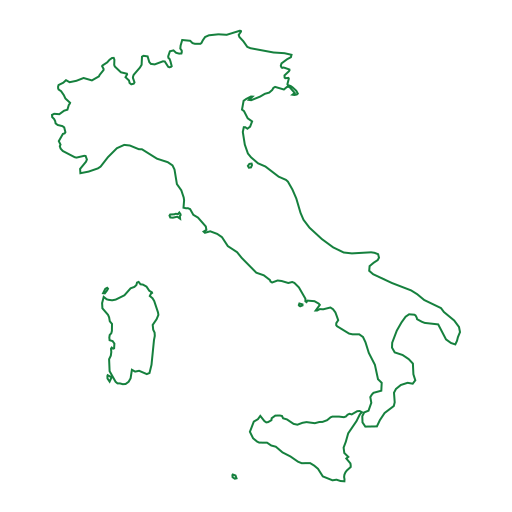 map outline of Italy (Natural Earth projection)
{"feature_id": "ITA", "entity_name": "Italy", "entity_type": "country or territory", "adm_level": 0, "iso_a3": "ITA", "parent_name": "Europe", "parent_adm1": "", "projection": "natural_earth1", "projection_center": [11.757, 41.885], "detail": "fine", "context": "isolated", "style": "outline", "palette": "green", "viewbox_px": 512, "rotation_deg": 0, "n_neighbors": 0, "source": "natural_earth", "source_scale": "50m", "svg_char_len": 5959}
<svg xmlns="http://www.w3.org/2000/svg" viewBox="0 0 512 512"><path d="M66.0,80.2L69.6,82.2L76.4,80.8L83.6,78.0L91.9,80.4L98.9,76.4L99.7,74.8L103.5,70.1L103.6,69.0L102.1,66.1L102.6,65.4L107.2,62.4L109.5,59.8L112.0,58.0L113.7,57.9L114.4,59.8L114.2,64.9L114.8,66.5L120.9,72.3L126.9,73.7L127.1,74.4L125.5,77.2L129.0,80.5L129.6,83.0L131.3,84.3L133.7,83.7L134.5,82.4L132.9,77.8L133.1,76.4L133.7,74.8L139.9,67.6L141.6,64.8L142.0,56.7L143.5,55.8L147.6,56.4L149.3,62.1L150.9,63.9L154.7,64.4L163.0,61.3L164.8,61.5L168.2,66.8L169.5,67.3L171.1,66.8L171.7,66.2L170.5,61.5L169.6,59.0L168.4,57.9L168.2,56.3L169.9,51.3L173.5,50.4L176.1,52.8L179.1,53.6L181.4,53.5L181.8,52.1L181.7,50.5L180.3,48.6L180.6,45.6L182.2,40.0L190.2,40.8L192.5,43.1L194.9,43.8L200.4,43.8L201.5,42.9L202.8,40.3L205.1,37.0L208.9,35.3L218.4,34.3L226.7,34.8L239.9,30.7L240.9,31.0L241.0,31.6L238.7,34.9L239.4,37.0L243.3,41.2L247.3,46.9L250.4,48.2L273.6,52.5L284.5,53.2L291.5,54.8L290.9,57.2L287.0,59.3L281.5,63.4L280.8,65.8L281.5,67.4L282.2,67.9L283.2,67.5L284.6,67.8L289.4,69.5L289.5,70.3L288.9,71.3L284.5,75.4L284.6,77.6L285.3,78.2L288.4,77.9L288.8,78.7L287.4,84.2L287.9,85.1L290.6,86.0L292.5,87.3L296.3,90.8L297.8,93.6L296.8,94.5L294.4,95.0L292.5,94.7L294.7,93.0L289.4,86.9L287.0,86.9L283.9,89.5L275.1,86.9L273.4,87.9L272.2,90.0L269.2,92.6L264.9,93.8L260.1,96.6L251.2,100.2L249.0,99.9L252.5,96.6L251.0,96.5L246.3,98.9L243.6,100.8L242.0,109.6L244.0,111.1L247.7,118.3L252.1,121.4L250.1,126.7L247.4,128.7L245.2,127.2L243.8,127.2L242.8,132.0L244.8,144.6L247.9,153.5L251.0,157.3L258.0,163.3L265.4,166.5L278.7,176.7L286.0,179.9L287.9,181.6L292.4,189.5L296.3,198.5L300.5,212.8L303.5,219.8L309.5,227.7L321.9,239.1L333.2,247.4L343.7,252.5L351.9,253.4L371.1,252.3L374.5,252.8L378.1,254.2L379.0,257.7L377.7,260.1L373.7,262.7L369.6,266.1L369.2,270.8L373.1,274.2L391.9,283.0L411.1,290.4L417.2,294.2L424.2,300.0L441.0,308.1L443.9,312.0L454.2,320.5L459.0,327.0L460.0,332.1L457.9,337.2L457.0,340.8L455.3,344.4L451.0,343.0L446.0,339.4L438.2,324.4L424.7,322.9L421.9,321.8L417.1,319.2L416.7,317.6L415.5,315.4L414.3,314.7L409.1,314.3L405.6,316.7L401.5,322.4L396.8,330.6L392.2,342.7L392.0,347.6L394.7,352.4L402.6,355.0L408.8,359.2L412.9,363.6L413.4,374.3L415.3,380.3L412.7,383.7L407.6,382.8L400.8,385.0L396.0,388.9L394.0,392.7L394.7,402.3L393.8,406.0L384.6,413.0L379.9,420.1L376.9,426.4L365.3,426.6L362.5,422.4L362.3,416.2L364.2,412.4L368.5,410.7L371.3,402.8L370.3,397.1L371.9,394.5L373.5,392.8L381.3,390.7L381.7,382.8L378.0,379.2L374.9,364.8L368.8,352.9L365.5,342.3L363.0,337.0L359.2,334.3L352.4,334.3L349.1,333.6L337.0,326.2L336.2,325.1L336.3,323.1L338.2,320.2L336.8,316.2L335.4,312.4L333.0,309.2L330.4,307.5L323.2,309.3L319.8,309.1L317.2,310.5L315.7,310.5L319.8,304.9L318.7,303.6L314.5,301.2L307.4,300.6L306.5,302.1L305.4,301.3L305.4,298.7L298.9,287.4L294.4,282.9L292.2,282.0L288.3,283.0L281.6,281.0L277.6,280.5L272.1,282.5L270.5,281.5L269.9,280.0L263.8,275.3L256.3,272.7L241.6,257.8L237.1,252.2L227.8,246.1L222.0,237.2L217.2,233.9L210.2,231.3L204.9,232.8L203.6,231.6L206.4,229.9L205.8,226.5L198.0,217.6L193.3,214.8L190.1,209.1L187.9,208.2L186.1,208.3L183.5,207.7L184.1,200.3L183.7,197.5L181.3,190.3L176.9,184.1L174.5,169.5L172.5,165.4L167.8,162.2L157.0,158.7L142.0,149.3L138.8,149.2L129.8,145.5L124.2,144.9L116.9,148.2L107.9,157.2L100.6,166.6L97.9,168.4L88.6,171.6L80.4,173.2L80.1,168.9L86.0,161.7L86.9,159.5L85.6,156.0L84.3,155.8L76.5,157.6L74.7,157.2L62.8,151.0L60.6,148.6L59.8,146.2L60.5,144.6L58.8,141.1L62.9,133.9L64.6,133.4L65.4,132.2L64.2,127.4L62.4,126.1L57.7,125.0L55.6,123.4L55.2,121.2L54.1,119.0L52.2,117.1L52.0,114.9L54.2,113.8L59.3,114.2L64.1,110.7L67.4,109.7L68.8,105.0L69.8,103.6L70.1,102.8L65.4,98.5L63.8,95.1L61.1,91.2L58.6,89.5L58.1,88.2L58.1,86.5L58.6,85.0L63.3,82.7L66.0,80.2ZM251.0,167.4L252.0,165.1L251.6,163.6L249.4,163.9L247.9,165.9L248.9,167.7L251.0,167.4ZM359.9,414.3L356.5,421.1L348.2,433.3L345.8,441.8L343.6,447.6L344.3,453.0L348.3,456.9L346.3,458.5L350.4,463.4L350.7,465.2L350.7,467.0L346.8,470.5L345.4,472.4L344.4,474.7L344.1,477.0L344.5,479.2L344.4,481.3L340.5,481.0L336.5,479.7L332.5,480.3L322.8,476.4L318.0,468.8L314.2,465.6L310.1,463.1L301.7,463.2L298.0,461.7L290.5,456.5L282.5,452.4L275.8,446.7L271.2,445.5L267.1,442.7L259.2,442.6L257.1,441.6L253.1,438.3L249.9,431.8L253.8,421.6L257.9,419.2L260.3,415.9L264.4,421.1L266.3,422.4L268.1,422.1L271.4,420.2L271.7,418.2L275.3,415.6L279.9,415.5L282.0,416.0L283.1,418.3L286.9,419.4L293.6,423.9L297.4,424.7L302.5,422.8L306.5,422.1L314.8,423.2L319.3,422.0L322.5,421.9L327.1,420.2L330.6,417.3L332.4,416.6L339.1,416.6L343.9,417.2L345.9,416.5L347.6,414.7L349.5,413.8L351.7,414.4L357.2,411.2L359.6,411.0L361.9,412.2L359.9,414.3ZM152.5,298.2L154.2,301.0L158.0,312.4L158.4,314.9L156.6,319.2L152.7,324.9L153.2,329.7L154.6,332.6L154.8,335.9L154.0,339.9L151.5,364.8L149.5,373.0L146.8,374.1L139.1,370.8L135.1,371.6L131.9,369.8L130.6,378.3L128.6,381.8L125.6,384.0L122.8,384.2L119.9,383.4L117.5,383.4L115.6,381.8L109.6,371.2L109.1,359.2L110.8,355.7L111.3,352.0L111.0,348.7L111.7,347.6L113.1,348.7L114.1,348.3L114.4,343.6L112.6,341.1L109.6,340.2L109.3,337.6L109.7,335.0L111.3,333.2L111.9,330.9L112.0,323.9L109.8,321.3L109.1,317.3L108.0,314.8L102.4,308.3L102.1,303.1L103.7,296.9L106.7,299.3L108.5,299.8L112.1,300.3L115.7,299.6L124.4,295.3L130.6,288.3L134.4,286.9L136.4,285.0L137.0,282.6L138.6,281.9L140.5,284.3L142.9,284.6L146.5,286.6L149.3,290.8L151.9,292.3L152.1,292.9L151.1,293.4L149.8,296.0L152.5,298.2ZM179.3,212.5L180.5,214.2L180.6,215.1L179.8,216.2L180.1,218.7L177.3,216.7L172.9,217.7L170.3,217.5L169.5,215.6L170.2,214.5L174.3,214.3L175.6,213.8L178.1,214.0L179.3,212.5ZM111.6,377.3L109.6,381.6L107.5,378.5L107.4,375.9L107.7,375.2L111.6,377.3ZM107.1,290.4L104.8,293.4L103.1,293.2L105.3,288.8L107.2,287.8L108.0,288.7L107.1,290.4ZM236.5,478.3L234.8,478.7L232.6,477.2L232.4,475.1L232.8,474.5L235.5,475.5L236.5,478.3ZM302.5,305.4L300.2,306.3L299.3,305.8L298.8,305.1L299.4,303.5L302.5,304.4L302.5,305.4Z" fill="none" stroke="#15803d" stroke-width="2"/></svg>